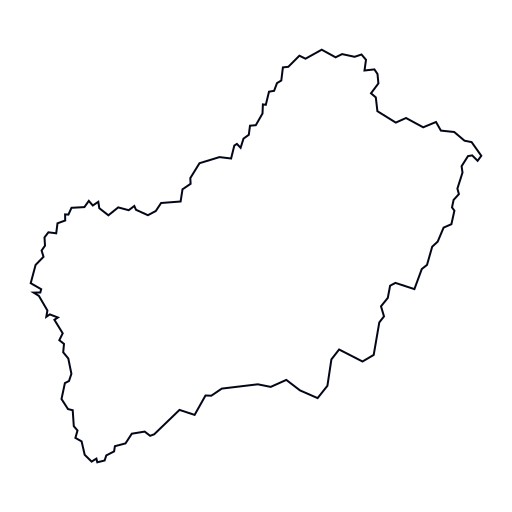 the district of Curumaní, Cesar, Colombia
{"feature_id": "7082276B94072212482436", "entity_name": "Curumaní", "entity_type": "district", "adm_level": 2, "iso_a3": "COL", "parent_name": "Colombia", "parent_adm1": "Cesar", "projection": "robinson", "projection_center": [-73.572, 9.24], "detail": "medium", "context": "isolated", "style": "outline", "palette": "ink", "viewbox_px": 512, "rotation_deg": 0, "n_neighbors": 0, "source": "geoboundaries", "source_scale": "gbopen_adm2", "svg_char_len": 1849}
<svg xmlns="http://www.w3.org/2000/svg" viewBox="0 0 512 512"><path d="M317.6,398.1L327.4,385.8L331.4,359.4L339.1,349.5L362.5,361.5L373.7,354.9L379.3,322.4L384.0,316.4L381.0,306.3L387.8,297.9L390.1,285.7L395.4,282.9L414.4,289.1L421.8,269.0L427.0,264.9L432.2,246.7L437.7,241.6L443.6,227.6L451.4,224.2L454.4,210.7L452.0,207.4L453.6,199.9L458.9,194.1L457.4,188.6L462.5,172.6L461.6,166.2L468.0,156.1L472.2,155.4L477.6,160.8L481.3,155.8L471.6,142.1L464.5,140.7L454.2,132.0L440.9,130.6L436.0,122.0L423.2,127.3L406.0,118.0L395.8,122.6L377.4,111.2L375.8,97.4L371.0,93.3L378.4,83.4L377.5,74.0L374.4,69.4L364.5,70.5L366.0,59.8L361.5,54.5L354.6,56.8L342.1,54.1L335.6,57.3L321.7,49.7L305.5,58.7L299.4,55.7L288.3,66.8L282.9,67.4L281.3,80.5L277.0,83.1L274.1,90.8L269.0,91.7L265.8,104.8L262.9,104.4L262.5,113.5L255.8,125.2L250.0,125.7L248.8,134.8L243.5,138.6L240.6,147.8L236.9,143.9L234.3,145.6L231.1,158.5L219.5,157.1L199.5,163.2L190.3,178.1L190.6,183.8L182.5,189.3L180.6,201.5L161.1,203.0L155.8,211.0L147.9,215.2L136.0,209.8L134.3,206.0L128.7,210.2L118.2,207.4L108.4,215.3L99.3,208.2L98.3,201.8L92.8,205.5L88.8,200.9L84.4,207.1L71.5,207.8L68.4,214.6L65.1,214.4L65.2,220.5L57.5,223.3L56.2,233.3L48.4,232.3L44.5,237.4L45.0,245.7L41.6,250.5L43.5,256.8L35.6,264.9L30.7,283.2L41.2,289.2L40.3,292.5L33.6,292.6L38.9,295.9L47.4,310.5L46.3,316.8L49.8,314.4L57.9,317.5L54.4,319.8L62.7,333.3L59.3,340.2L64.0,343.9L63.2,352.3L68.3,358.5L71.4,373.8L69.0,381.0L64.9,383.1L61.5,399.0L68.0,409.1L72.7,410.2L73.8,426.2L77.5,430.5L75.4,437.9L81.6,441.4L84.7,454.8L91.6,461.6L96.4,458.6L97.3,462.3L104.6,460.5L106.3,455.4L114.1,451.4L114.9,446.2L125.5,443.4L131.8,433.7L144.7,431.6L150.1,435.8L154.2,434.3L179.5,409.9L194.6,414.9L205.5,395.5L211.3,395.7L221.8,388.6L257.8,384.3L270.7,386.9L286.3,379.9L300.0,390.4L317.6,398.1Z" fill="none" stroke="#020617" stroke-width="2"/></svg>